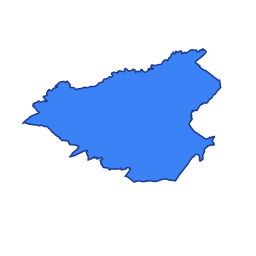 Tepeojuma, Puebla, Mexico (Equal Earth projection), rotated 256°
{"feature_id": "50627088B71138108989678", "entity_name": "Tepeojuma", "entity_type": "district", "adm_level": 2, "iso_a3": "MEX", "parent_name": "Mexico", "parent_adm1": "Puebla", "projection": "equal_earth", "projection_center": [-98.425, 18.729], "detail": "fine", "context": "isolated", "style": "filled", "palette": "blue", "viewbox_px": 256, "rotation_deg": 256, "n_neighbors": 0, "source": "geoboundaries", "source_scale": "gbopen_adm2", "svg_char_len": 5849}
<svg xmlns="http://www.w3.org/2000/svg" viewBox="0 0 256 256"><g transform="rotate(256 128 128)"><path d="M183.7,222.3L186.7,219.6L186.6,219.3L185.7,219.2L185.6,218.7L186.0,217.9L186.0,217.6L186.3,217.2L185.8,216.1L185.3,216.1L184.9,215.8L184.9,214.9L185.6,213.2L186.1,213.5L186.7,213.5L187.1,213.0L187.8,210.1L188.4,209.4L188.3,208.4L188.6,207.5L187.8,206.2L187.0,203.8L186.8,201.8L187.5,201.6L187.8,201.2L187.0,198.7L187.1,198.0L187.7,198.0L188.6,198.6L189.5,198.5L190.2,197.3L189.4,194.9L189.6,194.0L190.8,193.3L190.7,192.5L188.9,192.0L188.7,191.5L189.2,190.6L190.4,190.1L189.4,189.5L189.2,188.9L189.1,188.0L187.1,186.9L186.6,186.2L186.0,184.6L183.8,182.6L184.5,181.5L185.0,181.3L184.9,179.5L183.5,177.5L182.2,176.9L181.8,175.8L182.1,172.3L181.9,170.4L182.6,168.1L183.4,166.3L183.1,165.8L182.3,165.3L182.1,165.2L182.1,165.5L181.8,165.2L181.4,165.1L180.6,165.7L180.2,165.7L179.7,166.8L179.1,166.2L180.4,163.3L180.6,162.5L180.2,161.9L179.3,162.8L179.1,162.7L178.8,161.0L177.9,159.2L177.8,158.6L178.0,158.0L179.4,156.4L181.0,155.8L181.5,155.1L181.4,154.5L180.2,154.1L179.8,153.2L179.9,152.6L180.3,152.2L180.7,151.2L180.8,150.3L180.2,149.0L182.6,148.8L183.3,147.6L183.9,147.1L183.0,146.2L182.9,144.4L183.1,142.4L184.1,141.5L185.2,141.1L185.8,140.6L186.3,139.8L186.1,139.2L185.3,138.6L184.6,138.6L184.2,138.3L183.9,137.9L183.7,137.2L184.0,136.4L185.0,134.8L185.6,133.5L185.2,131.8L184.9,131.8L184.6,132.2L184.1,131.9L184.0,131.6L184.4,130.0L185.5,128.2L185.5,126.6L185.2,125.5L184.8,125.2L184.0,125.1L183.2,125.5L183.0,125.9L182.6,125.9L182.1,125.5L181.4,124.2L181.4,123.6L181.6,123.1L182.2,122.8L182.2,122.3L181.8,121.5L181.3,120.8L180.9,119.7L181.2,116.8L180.6,115.8L179.9,115.2L179.0,115.0L178.8,114.5L178.7,111.0L178.2,110.0L177.8,109.7L177.3,108.7L176.5,106.3L176.4,105.2L176.9,103.6L177.3,101.5L177.3,101.2L177.1,101.1L177.1,100.3L176.8,99.3L176.9,98.5L177.5,97.1L178.0,95.5L178.0,94.9L177.6,91.4L178.1,89.2L178.1,88.5L177.8,87.1L177.9,86.5L179.6,85.8L180.1,85.3L180.6,84.3L181.1,82.0L181.6,81.7L182.4,81.7L182.9,82.2L184.1,82.3L186.6,81.1L187.9,80.8L188.0,80.4L187.9,79.6L187.1,78.4L188.2,77.8L188.6,77.1L188.8,76.5L188.8,75.5L189.0,74.3L188.9,73.2L188.7,72.2L187.0,69.4L186.4,67.8L186.1,67.6L185.8,67.7L185.5,69.6L185.1,69.6L184.7,69.0L184.5,67.9L184.6,66.0L184.4,65.3L184.3,65.0L183.1,63.8L182.9,63.4L182.8,62.7L182.9,62.4L183.1,62.5L183.2,61.8L183.5,61.2L183.8,61.0L184.3,60.9L184.3,60.4L183.5,59.3L181.9,57.8L180.4,57.4L179.4,57.4L179.1,57.3L179.2,56.5L179.0,55.2L179.1,53.5L178.7,53.3L178.1,53.4L176.9,54.3L175.2,54.8L174.6,55.6L174.4,55.4L174.2,55.9L173.5,55.8L173.5,54.7L173.8,54.9L174.5,53.3L174.3,51.1L174.1,50.2L174.1,49.5L174.8,48.8L175.5,48.5L175.7,48.1L175.5,46.6L174.8,45.6L174.9,43.5L174.7,42.5L174.2,42.5L174.0,41.7L173.1,41.7L172.6,41.0L172.1,41.1L171.6,41.6L170.6,42.0L169.9,42.7L169.3,43.1L167.3,43.6L165.5,45.0L164.6,45.5L164.3,45.2L164.0,44.0L163.8,42.4L163.6,42.0L163.2,37.8L162.7,36.9L162.5,36.3L162.6,35.5L162.0,34.7L161.2,34.2L160.7,31.8L158.8,28.3L158.2,27.6L158.3,28.3L158.2,29.1L155.8,32.7L155.1,34.4L154.7,35.7L154.1,36.8L152.7,41.0L151.8,42.1L151.5,42.9L151.5,43.4L151.9,44.6L151.9,45.0L151.4,45.6L150.4,46.2L149.7,47.1L149.3,48.9L148.6,50.0L148.0,50.5L146.8,50.9L146.0,52.0L145.6,52.3L144.7,52.4L144.1,52.6L143.7,53.0L143.0,53.1L142.1,53.7L141.6,54.4L140.9,54.6L140.3,55.2L138.8,56.0L137.6,57.1L136.8,57.5L136.5,58.2L135.8,59.2L135.5,59.3L134.7,59.0L133.5,60.1L131.8,60.7L131.7,62.4L131.3,63.0L131.1,63.6L130.9,63.8L130.4,65.9L129.9,66.0L129.6,66.8L129.2,67.1L128.3,66.9L127.7,67.0L127.6,67.4L127.2,67.6L126.6,67.4L125.9,67.5L125.7,68.6L125.0,70.5L124.7,71.9L123.8,73.1L122.8,75.1L122.0,75.8L121.6,75.7L120.7,74.8L120.5,74.3L119.7,73.8L117.3,68.4L116.7,67.6L115.4,66.6L114.7,65.7L114.1,63.9L114.1,69.2L116.3,80.1L116.0,83.0L114.6,81.7L112.8,81.7L110.2,82.5L108.3,82.1L106.6,81.6L107.1,85.8L108.3,88.3L106.8,88.5L107.1,90.4L105.4,90.5L105.8,95.6L103.8,95.8L103.5,93.2L101.5,93.5L101.4,93.3L99.2,93.3L99.3,93.8L98.1,93.7L97.6,94.1L96.1,94.4L95.6,94.7L93.9,99.2L93.1,99.4L92.5,99.3L91.7,100.1L92.3,101.9L91.9,103.2L91.9,104.5L91.5,104.4L91.2,105.5L90.4,110.0L90.4,110.6L90.7,111.4L89.2,111.3L88.7,113.1L88.9,114.9L88.7,116.2L89.9,116.5L89.0,119.9L87.6,119.6L87.4,120.4L81.9,113.9L81.7,114.8L77.6,118.3L76.4,119.0L74.1,120.9L74.0,121.6L74.3,122.9L74.1,124.6L74.2,125.5L74.1,126.0L72.4,129.1L72.0,131.6L72.1,132.5L72.0,132.4L71.8,133.6L72.0,134.2L71.9,134.8L71.5,135.8L71.0,138.2L69.8,140.1L69.6,141.9L69.2,143.0L69.5,144.2L69.6,146.1L70.0,149.6L69.7,150.5L69.2,152.8L67.8,155.2L67.3,155.7L67.0,156.6L67.0,157.3L66.1,158.8L66.0,159.2L66.0,159.8L65.8,160.5L65.2,161.1L70.1,166.5L78.6,177.4L81.5,180.3L84.2,183.8L84.3,184.8L85.0,185.6L86.0,187.7L85.7,188.8L85.2,189.5L84.2,190.1L83.3,190.3L82.0,190.3L79.7,189.7L78.6,189.8L78.4,190.0L79.3,192.4L79.8,193.3L81.3,193.7L82.1,193.4L82.6,193.5L85.9,195.7L86.6,196.5L88.4,196.7L89.0,197.2L89.9,198.8L90.4,200.1L91.3,200.5L91.2,202.8L91.8,205.2L90.8,205.8L91.3,206.5L91.1,207.2L90.9,207.4L91.3,207.6L92.0,207.7L92.6,207.6L93.1,207.4L93.8,206.6L94.3,206.5L95.7,207.2L96.9,208.0L98.5,209.7L98.8,209.8L99.1,208.2L98.6,206.2L98.3,205.7L99.1,205.2L98.7,205.0L98.3,200.8L108.9,191.3L113.8,189.0L114.6,189.1L115.1,188.9L115.5,188.2L117.0,188.2L119.5,190.2L120.3,191.3L120.2,191.5L120.7,192.0L121.6,192.5L122.2,191.9L122.2,192.2L123.0,191.6L124.3,192.9L125.3,192.3L128.2,193.8L128.1,194.4L128.4,195.3L128.8,194.7L129.3,194.8L128.6,198.3L128.2,199.0L129.3,199.9L130.3,201.2L131.8,202.5L133.0,204.3L133.2,206.1L133.8,205.9L134.0,207.1L133.3,209.6L133.3,210.6L133.4,211.3L135.2,212.8L136.1,214.1L136.6,215.8L137.6,217.3L139.3,218.5L139.7,220.6L141.8,222.9L144.9,227.7L152.3,228.4L152.4,227.1L164.5,217.6L166.7,214.9L170.0,212.1L170.7,212.8L175.3,209.2L175.9,209.5L177.2,211.7L178.7,215.4L180.2,218.5L182.4,221.8L183.7,222.3Z" fill="#3b82f6" stroke="#1e3a8a" stroke-width="1.5"/></g></svg>